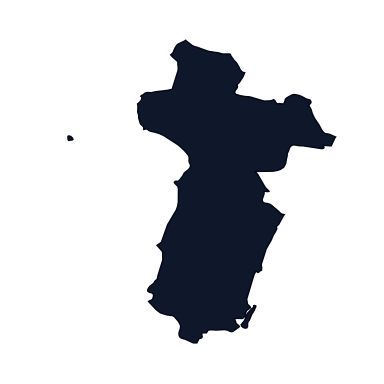 SVG path tracing the border of Jawa Tengah, rotated 280°
{"feature_id": "IDN-1224", "entity_name": "Jawa Tengah", "entity_type": "Province", "adm_level": 1, "iso_a3": "IDN", "parent_name": "Indonesia", "parent_adm1": "", "projection": "natural_earth1", "projection_center": [110.164, -7.029], "detail": "fine", "context": "isolated", "style": "filled", "palette": "ink", "viewbox_px": 384, "rotation_deg": 280, "n_neighbors": 0, "source": "natural_earth", "source_scale": "10m", "svg_char_len": 4457}
<svg xmlns="http://www.w3.org/2000/svg" viewBox="0 0 384 384"><g transform="rotate(280 192 192)"><path d="M76.7,168.3L77.5,169.2L78.3,170.6L79.3,171.7L81.4,172.2L83.7,172.1L85.1,171.4L85.8,169.8L85.9,167.4L86.8,165.6L88.6,165.5L90.6,166.3L91.7,166.9L95.4,170.2L97.6,171.0L100.2,173.0L100.9,173.0L103.4,173.0L120.0,175.1L128.2,173.4L133.4,166.9L137.1,170.6L155.5,173.7L171.7,179.8L175.9,180.4L180.0,180.3L192.4,178.2L194.7,177.5L195.7,176.4L196.1,175.8L197.7,173.5L198.4,173.0L199.4,173.4L199.8,174.5L199.9,175.7L200.3,176.8L201.7,177.8L206.1,180.1L209.4,181.2L213.3,184.5L215.3,185.8L217.7,186.1L219.4,185.3L220.9,184.1L222.8,183.6L224.8,183.4L226.4,182.9L227.7,182.0L231.6,177.3L235.8,170.8L242.7,154.5L244.0,149.6L244.5,145.4L244.7,140.9L245.1,138.8L246.0,137.6L246.3,136.2L245.3,133.7L247.2,133.3L248.2,132.5L249.8,130.0L250.9,129.0L255.7,126.7L258.3,126.2L259.2,125.8L260.7,125.0L261.5,124.7L267.3,123.9L269.3,123.1L270.2,124.0L272.9,125.8L273.9,126.2L275.7,126.3L276.7,126.2L277.1,125.8L277.5,125.0L278.3,125.6L279.0,126.6L279.1,127.0L280.4,127.9L281.4,129.0L282.1,130.4L282.7,134.8L284.3,138.6L287.8,150.2L289.5,154.2L290.2,154.9L290.8,155.0L291.4,154.9L309.0,157.2L311.2,157.1L315.2,156.0L317.2,155.7L318.6,154.6L321.8,149.2L323.3,147.3L325.8,149.1L331.2,150.4L334.4,151.9L335.5,153.0L338.6,157.5L340.3,159.5L339.9,159.9L336.2,166.8L335.5,169.6L335.4,171.7L333.7,181.5L333.3,184.5L333.6,193.9L333.2,197.8L333.3,199.1L334.2,203.7L334.4,204.9L334.2,205.7L332.6,206.8L328.7,210.7L327.3,212.8L325.9,214.2L323.3,216.4L321.3,217.8L320.5,218.4L320.1,218.9L319.6,219.6L318.8,220.9L318.6,221.7L318.6,223.1L314.8,222.3L308.9,219.9L307.4,219.0L306.2,218.1L305.5,217.9L304.7,218.0L303.9,218.4L302.8,218.4L301.5,218.0L299.8,217.0L297.3,216.5L295.7,218.2L295.2,222.8L295.2,227.9L295.6,231.2L295.6,233.4L294.0,247.1L295.2,252.9L296.0,254.9L297.1,256.3L296.5,257.5L294.1,259.6L293.7,260.5L293.7,261.2L294.0,261.9L294.2,262.8L294.3,264.8L294.5,266.7L296.1,267.6L299.4,267.9L300.5,268.4L301.5,269.4L304.0,272.5L305.0,273.9L305.6,275.2L305.8,276.7L305.6,281.0L305.0,283.6L303.4,288.4L303.0,292.2L302.3,292.9L301.4,293.5L300.4,293.5L299.6,293.0L298.7,292.4L298.0,292.1L297.0,292.3L294.7,294.3L293.1,295.3L290.5,296.5L285.8,299.8L279.8,305.6L276.4,308.2L274.5,309.9L273.1,311.8L272.7,312.8L272.6,313.7L272.7,316.2L272.7,317.0L272.6,317.6L271.2,323.0L271.1,323.8L269.8,323.2L262.0,321.1L261.6,321.0L260.9,313.6L260.4,313.5L259.8,313.5L259.1,314.1L258.5,314.2L257.7,313.5L257.3,312.3L256.8,293.1L256.3,290.1L256.2,285.0L256.0,283.8L255.7,282.8L254.9,281.7L253.0,280.5L248.5,279.7L246.9,279.1L243.6,279.4L241.6,279.2L236.4,279.2L232.5,278.0L229.6,275.0L228.1,272.2L226.6,268.1L223.4,251.4L223.1,250.5L220.6,253.7L210.1,262.5L208.8,263.8L206.9,266.6L206.1,267.6L205.8,267.2L205.6,266.3L205.3,263.4L204.9,262.8L204.4,262.8L203.8,263.1L203.2,263.2L202.4,263.2L196.6,262.3L194.5,263.3L193.9,264.4L193.6,265.7L193.7,268.5L193.4,270.7L192.6,272.7L187.7,281.0L186.2,283.0L185.9,284.0L185.6,286.7L184.8,286.2L175.1,282.9L172.6,281.0L170.5,281.8L167.1,280.9L163.7,279.5L158.1,278.2L149.0,274.9L132.8,272.7L129.1,273.8L127.1,274.0L126.3,273.0L126.0,272.2L125.5,271.9L124.8,271.7L124.3,271.1L124.4,270.5L125.1,269.3L125.0,268.8L124.4,268.4L121.7,267.4L105.4,265.5L96.0,264.4L91.1,266.1L89.8,268.1L88.7,269.4L88.1,269.5L85.2,266.7L84.2,266.1L83.1,265.9L80.9,265.8L79.0,265.5L77.4,264.7L76.2,263.5L75.5,258.4L74.7,256.0L73.3,256.4L72.7,256.9L70.3,258.2L69.7,259.0L68.4,261.3L67.6,262.0L62.2,256.8L61.7,256.2L61.4,255.4L61.4,253.8L61.7,252.7L62.2,250.9L62.2,249.6L62.2,247.9L60.3,239.9L59.8,235.2L59.4,233.5L59.1,232.6L58.7,231.8L57.6,231.3L56.6,231.0L55.9,230.6L55.4,228.2L55.2,226.7L54.6,226.3L53.5,226.3L51.2,227.1L50.2,226.9L49.7,226.1L49.0,224.4L46.7,223.7L44.3,222.9L43.7,219.5L45.9,210.9L46.1,208.5L46.4,206.8L47.1,205.4L48.3,204.4L50.0,203.8L51.7,203.7L55.3,204.3L57.8,204.2L58.9,203.7L59.8,203.1L62.3,201.1L63.6,199.6L64.8,198.0L65.9,196.8L66.6,195.5L67.0,194.0L66.8,192.0L66.7,188.8L67.3,183.4L67.7,181.6L69.9,177.3L76.5,168.5L76.7,168.3ZM88.5,272.3L89.0,272.7L90.8,272.6L91.1,273.4L90.8,274.6L90.1,274.7L89.2,274.4L86.6,273.9L81.5,271.9L75.9,270.7L74.6,270.0L73.2,269.4L69.2,270.0L67.8,269.6L67.2,268.0L67.5,266.0L68.4,264.4L69.8,263.5L74.7,266.2L79.6,267.0L82.7,268.1L87.8,271.4L88.5,272.3ZM222.5,60.8L225.2,60.2L225.8,61.0L225.6,63.0L224.3,64.9L223.1,65.6L222.4,64.8L222.1,63.4L221.6,62.3L221.5,61.5L222.5,60.8Z" fill="#0f172a" stroke="#020617" stroke-width="1.5"/></g></svg>